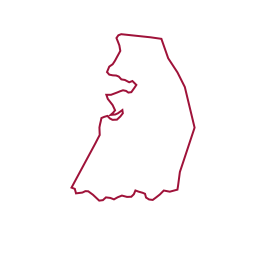 the district of Francisco Dantas, Rio Grande do Norte, Brazil, rotated 232°
{"feature_id": "56859067B20316816655546", "entity_name": "Francisco Dantas", "entity_type": "district", "adm_level": 2, "iso_a3": "BRA", "parent_name": "Brazil", "parent_adm1": "Rio Grande do Norte", "projection": "robinson", "projection_center": [-38.095, -6.042], "detail": "fine", "context": "isolated", "style": "outline", "palette": "rose", "viewbox_px": 256, "rotation_deg": 232, "n_neighbors": 0, "source": "geoboundaries", "source_scale": "gbopen_adm2", "svg_char_len": 1220}
<svg xmlns="http://www.w3.org/2000/svg" viewBox="0 0 256 256"><g transform="rotate(232 128 128)"><path d="M139.9,101.4L138.7,98.7L135.8,92.4L115.8,46.8L112.8,48.6L108.5,46.8L105.2,52.3L104.5,55.5L102.6,57.7L96.9,59.3L88.5,60.6L86.6,63.8L86.9,67.9L83.8,71.0L80.4,73.0L79.8,77.1L78.5,81.6L74.3,84.8L71.8,88.3L72.2,91.8L74.2,95.4L71.4,97.1L68.0,99.6L65.7,100.9L62.1,99.4L58.7,100.6L56.1,103.2L56.0,107.0L56.0,112.2L56.7,117.7L52.1,121.7L49.0,129.0L51.3,131.5L61.4,141.8L68.7,152.8L87.3,180.7L125.3,198.0L141.3,201.2L158.2,202.6L177.7,209.2L185.5,201.7L206.1,180.4L207.0,177.5L206.0,174.3L201.9,173.1L198.3,172.0L193.5,169.4L192.2,166.5L191.1,163.9L189.0,159.1L187.7,155.3L187.9,151.0L185.0,145.9L181.6,146.1L178.9,148.4L176.6,151.0L174.2,152.4L170.4,152.7L167.8,155.1L163.3,157.1L162.3,160.4L156.8,161.1L155.8,158.1L154.2,152.7L155.7,150.1L158.4,149.3L160.8,147.3L161.8,144.4L162.6,141.5L164.6,135.1L167.5,131.4L163.4,130.0L160.7,130.0L155.5,130.0L149.9,128.7L149.2,125.6L149.0,122.4L146.5,126.3L145.8,129.1L145.6,134.6L142.8,133.0L141.8,129.1L141.4,124.4L144.0,120.8L146.6,119.6L150.2,119.2L151.4,116.2L152.2,113.2L150.1,110.7L148.1,108.2L146.0,105.8L139.9,101.4Z" fill="none" stroke="#9f1239" stroke-width="2"/></g></svg>